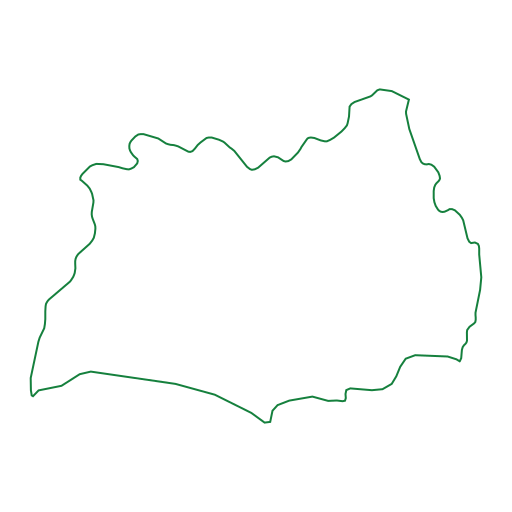 outline of Rayong
{"feature_id": "THA-434", "entity_name": "Rayong", "entity_type": "Province", "adm_level": 1, "iso_a3": "THA", "parent_name": "Thailand", "parent_adm1": "", "projection": "robinson", "projection_center": [101.425, 12.873], "detail": "fine", "context": "isolated", "style": "outline", "palette": "green", "viewbox_px": 512, "rotation_deg": 0, "n_neighbors": 0, "source": "natural_earth", "source_scale": "10m", "svg_char_len": 2918}
<svg xmlns="http://www.w3.org/2000/svg" viewBox="0 0 512 512"><path d="M459.7,361.3L456.4,359.3L447.6,356.5L415.2,355.2L405.7,358.7L400.2,366.8L396.3,376.3L391.7,383.9L382.5,389.2L371.9,390.2L350.3,388.4L346.3,390.1L345.5,394.0L345.8,398.1L345.0,400.7L342.6,401.2L336.8,400.5L328.2,400.9L312.4,396.6L289.3,400.6L277.6,405.1L272.5,410.7L270.2,421.9L264.6,422.6L251.3,412.9L214.8,394.7L175.5,383.9L90.8,371.6L79.7,374.2L61.5,385.8L38.6,390.4L33.0,396.2L31.7,395.4L30.9,390.3L30.7,378.0L38.4,341.7L39.7,337.6L44.2,328.3L44.9,324.1L45.3,319.1L45.3,311.4L45.6,306.2L46.0,303.9L46.9,302.2L47.9,300.7L49.2,299.3L70.1,281.5L71.2,280.0L73.2,276.9L74.0,275.0L74.7,273.0L75.4,268.3L75.2,263.6L75.2,261.1L75.6,258.8L76.4,256.8L77.4,255.2L78.5,253.8L89.7,243.8L92.2,240.6L93.8,237.8L94.9,233.4L95.4,228.6L95.3,226.3L94.8,224.3L92.6,218.6L92.0,216.6L91.7,214.3L91.8,211.8L93.4,202.6L93.5,200.3L93.0,198.1L92.1,193.9L91.4,192.1L89.7,188.6L87.3,185.6L81.9,180.8L80.6,179.9L80.3,179.7L80.3,179.1L80.3,177.6L81.1,175.8L82.5,173.9L89.9,166.5L92.4,165.2L96.3,163.9L103.3,164.2L118.7,167.1L122.6,168.3L126.8,169.2L128.9,169.4L131.2,168.6L133.9,167.2L137.2,163.4L137.8,161.0L137.2,159.0L134.4,156.6L133.1,155.3L130.9,152.2L130.0,150.4L129.4,148.4L129.3,146.0L129.6,143.8L130.4,142.1L131.4,140.6L135.3,136.5L138.3,134.5L140.8,134.1L143.4,134.1L158.3,138.5L166.0,143.5L168.1,144.2L170.5,144.8L173.8,145.1L176.0,145.7L178.2,146.4L188.4,151.7L190.3,151.9L192.5,151.1L194.9,148.6L197.7,145.0L200.6,142.4L206.5,138.0L208.8,137.5L211.6,137.5L218.9,139.7L222.9,141.5L224.4,142.5L229.8,147.5L231.5,148.6L234.3,150.9L247.0,166.8L250.0,169.1L251.9,169.8L254.8,169.3L258.1,167.7L269.7,157.6L271.7,156.7L274.0,156.3L278.0,157.3L283.6,161.0L285.5,161.5L288.3,161.1L291.3,159.4L298.0,152.5L300.6,148.7L301.4,147.1L306.7,139.5L307.6,138.4L308.9,137.8L310.9,137.5L314.4,138.0L320.7,140.4L324.7,141.3L326.9,141.3L330.1,139.9L334.0,137.6L341.5,131.5L344.7,128.2L346.9,125.4L347.6,123.3L349.0,116.6L349.6,106.6L351.4,104.1L354.6,102.0L370.4,96.4L372.0,95.4L377.3,90.3L379.8,89.4L391.8,91.1L408.9,99.6L406.0,111.5L406.1,113.9L409.3,129.0L419.8,159.1L421.4,162.2L422.9,163.5L424.6,164.2L426.7,164.4L428.8,164.0L431.4,164.7L434.2,166.7L438.3,172.3L439.6,175.8L440.0,178.4L439.7,179.4L439.5,179.8L438.7,181.0L436.4,183.3L435.3,184.8L434.2,187.5L433.7,191.0L433.7,198.2L434.4,202.2L435.7,205.9L438.0,209.6L439.3,210.9L440.8,211.7L442.6,212.0L444.6,211.7L448.1,210.1L449.6,209.1L452.0,209.1L454.9,210.3L459.8,214.8L461.9,217.8L463.2,220.3L467.5,238.3L469.2,241.7L471.1,243.1L472.9,242.8L474.9,242.5L477.9,243.9L478.9,246.0L479.2,248.6L479.2,254.5L481.3,277.3L480.1,289.9L475.5,312.7L475.5,315.1L475.7,317.5L475.7,319.8L475.3,322.0L474.1,323.4L469.6,326.7L467.4,329.7L467.2,330.0L467.1,330.6L466.9,332.3L467.0,340.7L466.4,342.6L465.3,344.0L464.0,345.2L462.7,347.1L461.9,349.9L461.2,358.2L459.8,361.2L459.7,361.3Z" fill="none" stroke="#15803d" stroke-width="2"/></svg>